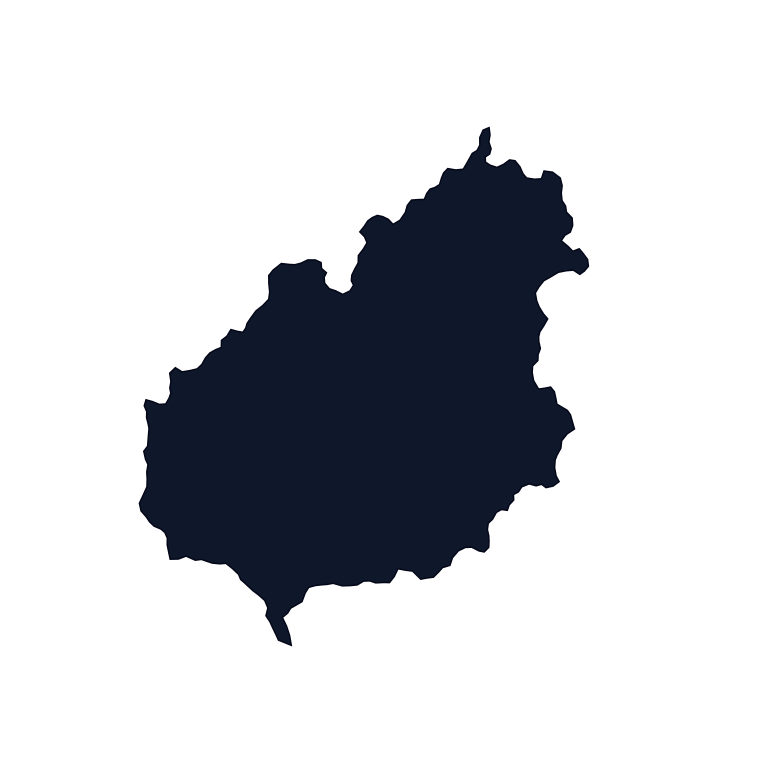 Entre Rios de Minas, Minas Gerais, Brazil, rotated 119°
{"feature_id": "56859067B35453234944232", "entity_name": "Entre Rios de Minas", "entity_type": "district", "adm_level": 2, "iso_a3": "BRA", "parent_name": "Brazil", "parent_adm1": "Minas Gerais", "projection": "orthographic", "projection_center": [-44.105, -20.704], "detail": "fine", "context": "isolated", "style": "filled", "palette": "ink", "viewbox_px": 768, "rotation_deg": 119, "n_neighbors": 0, "source": "geoboundaries", "source_scale": "gbopen_adm2", "svg_char_len": 3423}
<svg xmlns="http://www.w3.org/2000/svg" viewBox="0 0 768 768"><g transform="rotate(119 384 384)"><path d="M640.9,486.1L636.7,478.9L630.5,473.7L629.6,463.6L625.9,458.6L625.0,453.2L623.9,447.4L620.9,440.5L617.5,435.3L618.8,427.4L621.0,418.9L624.5,414.5L625.6,409.3L627.0,403.8L628.3,398.4L629.2,392.2L631.1,383.4L636.1,377.0L643.9,374.9L647.3,368.4L650.8,363.7L655.1,357.6L659.2,352.1L658.3,345.0L657.5,338.4L649.7,344.7L643.0,351.9L637.5,359.7L631.0,357.2L625.4,357.0L620.6,354.1L614.1,350.2L605.1,351.6L598.4,351.3L593.5,346.3L589.8,341.1L587.0,336.8L583.0,331.9L580.8,322.7L576.7,315.8L572.7,310.0L566.3,306.3L563.1,301.0L562.0,294.9L558.2,288.8L555.0,282.9L547.4,281.7L538.8,282.2L536.5,275.1L533.8,268.3L535.2,263.2L536.9,257.2L533.4,253.1L529.0,247.1L521.7,245.0L516.2,243.8L510.7,238.4L502.8,239.9L493.9,238.1L487.6,233.7L484.2,228.2L483.9,219.8L482.3,214.9L476.1,213.2L470.7,215.9L466.1,218.7L461.2,223.0L455.3,225.3L449.6,223.5L441.8,223.5L436.9,220.5L434.7,214.9L429.1,215.9L422.6,214.3L417.9,217.2L413.2,214.1L407.2,213.7L401.0,208.6L399.3,201.6L395.3,197.5L396.1,192.1L391.3,186.6L384.5,183.5L381.0,188.9L374.5,194.2L367.5,197.5L362.3,198.2L354.4,198.2L347.5,201.1L338.7,199.6L331.0,195.6L325.6,201.0L320.7,205.8L318.2,210.8L318.0,217.2L317.8,223.0L313.2,226.8L308.2,231.2L305.9,236.8L310.1,241.8L313.5,246.4L308.5,254.8L302.1,260.0L296.1,262.8L288.9,260.8L283.5,263.5L277.2,264.4L272.1,269.0L267.8,271.6L262.9,273.0L255.8,272.5L247.7,272.4L245.4,278.5L241.3,285.8L237.2,290.8L231.0,295.8L224.0,295.6L216.2,294.3L209.9,290.4L201.8,285.7L196.7,279.7L192.6,273.6L193.2,265.9L188.1,263.5L181.9,262.3L176.4,266.3L173.2,273.3L171.1,278.8L176.4,283.2L174.6,289.2L172.7,298.5L166.1,297.8L160.8,294.7L154.0,295.8L147.6,299.9L145.2,307.8L140.3,311.5L137.3,317.2L131.1,321.5L124.1,324.4L118.4,329.7L117.0,339.2L120.1,347.3L128.2,345.8L131.9,351.6L134.7,359.1L132.7,364.4L128.2,370.3L125.2,377.6L127.1,382.8L134.1,386.0L139.8,390.2L141.2,397.4L140.7,402.9L136.3,405.5L131.7,403.1L126.3,404.4L121.5,409.6L114.8,412.0L108.8,416.4L113.9,420.4L122.0,419.7L128.6,416.0L134.7,415.8L139.5,418.6L149.0,418.6L157.7,418.8L162.0,425.0L164.7,432.7L170.6,434.2L176.2,433.5L182.6,432.1L187.4,434.7L191.2,438.2L196.8,439.0L203.0,438.2L206.0,443.3L209.8,449.1L216.5,450.2L223.6,448.5L233.0,449.4L240.0,453.5L237.9,460.0L238.2,466.2L239.8,471.6L244.1,474.9L249.3,477.3L255.4,477.7L262.7,478.9L264.6,472.5L268.7,467.3L276.0,467.5L284.1,468.7L290.5,465.3L297.8,465.3L304.5,464.9L309.4,462.7L312.4,458.5L319.1,458.9L325.6,463.5L326.0,471.6L327.2,478.0L324.6,484.8L319.6,488.1L314.6,488.3L313.2,494.7L308.3,497.9L308.8,504.2L312.4,510.8L318.8,515.4L322.9,519.8L325.3,524.7L328.4,532.2L338.1,536.2L345.0,537.4L352.1,533.3L359.1,528.5L365.8,525.9L374.2,528.1L382.0,531.4L390.4,532.5L397.4,533.1L402.2,532.0L407.2,532.5L409.1,537.9L410.6,544.3L418.4,544.6L424.6,547.3L430.9,544.0L435.4,547.7L441.1,551.3L447.6,552.8L455.2,552.8L461.4,554.8L466.6,560.5L471.3,566.5L470.9,574.4L478.4,576.7L485.2,571.5L491.3,569.4L495.4,566.0L500.7,565.1L507.3,565.2L510.8,570.7L511.6,577.8L513.2,584.5L519.3,583.1L523.2,578.1L528.6,575.3L532.6,571.5L536.7,568.0L544.5,564.5L552.9,560.6L559.3,561.5L565.5,556.0L568.8,551.4L576.0,548.8L581.7,545.2L588.8,541.5L598.5,540.7L606.9,540.1L612.8,534.9L615.5,527.4L618.2,522.2L619.8,516.1L619.0,508.9L620.1,503.7L623.8,498.8L629.8,495.6L635.2,491.0L640.9,486.1Z" fill="#0f172a" stroke="#020617" stroke-width="1.5"/></g></svg>